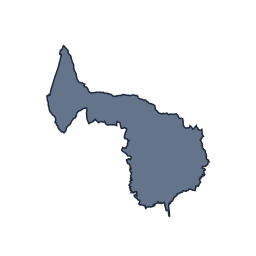 outline of Poieni, Cluj, Romania, rotated 74°
{"feature_id": "2599482B79403381618671", "entity_name": "Poieni", "entity_type": "district", "adm_level": 2, "iso_a3": "ROU", "parent_name": "Romania", "parent_adm1": "Cluj", "projection": "natural_earth1", "projection_center": [22.871, 46.852], "detail": "fine", "context": "isolated", "style": "filled", "palette": "slate", "viewbox_px": 256, "rotation_deg": 74, "n_neighbors": 0, "source": "geoboundaries", "source_scale": "gbopen_adm2", "svg_char_len": 5895}
<svg xmlns="http://www.w3.org/2000/svg" viewBox="0 0 256 256"><g transform="rotate(74 128 128)"><path d="M74.9,197.2L76.8,197.3L77.8,197.8L81.9,197.7L84.1,198.4L85.9,198.3L88.2,198.6L90.8,198.5L93.2,197.4L94.6,197.0L95.9,195.8L97.0,195.2L99.1,194.9L101.2,195.7L102.2,196.5L102.6,196.6L103.7,195.5L105.3,195.9L106.7,194.9L108.3,195.2L110.7,194.5L111.5,193.8L113.4,193.0L113.8,191.8L115.0,190.9L114.1,189.3L113.2,188.3L110.8,187.1L109.1,184.5L109.0,183.8L108.1,182.0L106.4,181.0L104.5,178.5L103.7,177.0L103.7,175.8L102.8,175.2L102.1,174.2L101.4,174.2L99.8,173.3L98.6,171.7L98.1,170.2L98.1,169.1L96.9,165.4L97.2,163.5L97.1,162.6L98.3,162.2L101.7,163.6L107.0,164.8L109.9,164.8L113.0,164.3L112.6,163.0L112.3,160.3L111.5,158.4L110.6,157.7L110.5,157.2L111.9,156.7L112.9,155.8L114.5,155.1L114.9,154.6L114.3,153.3L114.2,152.5L114.3,152.0L115.0,151.3L115.5,150.2L115.4,149.4L115.1,148.7L117.7,148.4L119.4,147.1L119.4,146.4L119.8,145.6L119.8,144.6L120.9,141.5L121.0,140.3L122.6,138.2L122.2,138.0L121.2,138.2L119.0,136.6L119.6,136.1L120.1,135.0L120.9,134.2L123.0,134.5L126.3,134.6L126.7,134.1L126.8,133.1L126.8,132.3L126.5,131.8L126.5,131.3L127.9,130.1L128.2,129.6L129.8,130.1L132.3,132.3L133.8,132.8L133.9,133.2L135.9,134.1L137.5,133.8L137.5,133.1L137.8,132.3L138.6,131.8L140.0,131.7L140.3,131.3L140.2,130.5L140.5,130.5L141.0,131.0L141.4,131.9L142.9,132.9L144.6,133.2L145.7,134.9L146.8,135.4L146.8,135.9L146.4,136.4L146.1,137.4L145.2,138.4L146.5,139.5L147.7,140.1L148.1,140.1L149.2,139.3L152.2,136.8L154.6,136.0L155.4,134.0L156.5,133.1L157.2,133.0L157.8,133.2L159.1,134.6L157.9,135.2L158.0,135.5L157.8,135.7L157.8,136.2L158.2,136.4L158.1,138.0L158.4,138.3L162.0,138.1L162.8,137.1L162.8,136.7L165.9,136.3L169.1,136.6L168.2,136.9L166.6,136.7L167.0,137.1L167.9,137.1L168.5,137.7L168.8,137.8L170.9,137.6L171.6,137.5L171.9,137.1L172.4,137.1L173.4,137.5L174.5,138.6L175.4,138.6L176.5,139.1L176.8,138.7L177.2,139.0L178.1,138.4L178.4,138.6L177.3,139.2L177.5,139.6L178.6,139.8L179.3,138.9L179.4,140.0L179.8,140.7L180.5,140.4L180.9,140.4L180.9,140.7L181.8,140.7L182.3,141.3L182.6,142.2L183.2,142.8L184.1,142.5L184.9,141.7L185.1,142.3L185.4,142.4L185.7,142.9L186.5,142.7L186.4,142.3L187.2,142.2L187.4,142.2L187.3,142.8L187.8,142.9L189.1,142.7L189.0,143.0L189.2,142.8L189.2,142.2L190.6,141.8L191.0,142.6L191.2,141.7L191.5,141.4L191.3,140.9L192.0,140.3L191.1,139.3L191.3,138.5L191.7,137.8L191.6,137.3L192.8,137.4L193.0,138.0L195.5,138.0L195.8,138.2L194.4,139.3L194.2,140.5L195.8,140.7L196.7,140.2L197.1,139.5L200.1,138.0L200.6,137.0L201.6,136.8L203.4,137.9L203.8,138.6L204.2,138.4L205.4,137.4L205.6,136.1L207.1,134.0L207.4,132.8L209.2,133.3L210.2,133.1L209.4,131.8L209.2,130.8L209.6,130.0L209.8,128.4L210.2,128.1L210.0,127.7L210.2,127.2L210.1,126.7L210.3,125.9L210.3,125.2L209.6,125.0L209.8,124.9L209.9,124.0L209.3,124.4L208.5,123.9L208.6,122.7L208.4,122.6L208.2,120.6L207.1,119.6L207.7,119.2L208.9,119.0L208.7,117.2L209.1,117.4L209.9,116.9L209.5,113.5L210.8,113.6L211.4,113.9L218.0,114.0L218.3,111.9L221.7,112.7L223.4,112.8L223.7,112.6L224.9,112.8L223.6,112.2L214.4,110.5L211.8,109.4L212.4,108.8L211.9,107.8L211.1,107.7L211.2,107.4L210.6,107.1L210.7,106.8L210.3,106.0L210.4,105.5L210.0,105.4L210.0,105.1L207.1,102.5L207.2,102.0L206.3,99.8L206.0,99.9L205.9,99.5L205.1,99.0L205.4,98.7L204.7,97.7L205.1,96.8L204.4,95.0L204.7,93.7L204.0,92.7L203.5,92.6L203.4,92.2L204.0,91.3L204.1,90.4L204.5,90.2L204.9,89.7L204.5,88.8L204.5,87.4L204.0,87.2L203.7,86.7L203.8,85.4L204.7,83.9L205.3,83.4L206.6,80.8L204.7,79.8L204.1,79.1L203.3,79.2L202.6,78.9L202.6,77.9L203.3,76.7L203.3,76.3L202.0,75.5L200.5,73.9L200.3,73.2L199.3,73.2L198.5,73.5L196.5,73.4L196.6,73.1L196.4,73.1L196.7,72.0L195.3,71.9L195.6,70.7L195.4,70.4L194.9,70.4L194.9,69.3L193.5,69.3L193.7,68.9L194.7,68.4L194.7,67.9L193.9,67.5L193.8,67.0L193.3,67.0L192.5,67.3L192.0,67.2L191.3,67.5L189.8,66.8L189.6,65.3L188.9,65.3L187.7,66.5L186.8,68.0L185.6,66.8L186.2,64.3L185.0,61.5L182.4,59.9L182.6,59.4L181.8,59.7L181.2,59.5L179.5,61.0L177.8,60.9L177.0,60.4L175.1,60.0L172.6,60.4L170.7,60.2L170.0,60.5L169.4,61.4L168.9,61.3L167.1,61.9L166.6,61.6L165.3,61.7L164.6,61.1L163.4,61.0L161.0,61.4L159.5,61.9L159.0,61.6L158.7,60.4L157.4,59.6L157.0,58.8L156.9,57.8L154.6,58.4L149.7,57.4L150.1,58.5L149.9,59.9L149.2,60.3L149.2,60.8L148.9,61.1L147.7,60.9L146.0,61.8L144.6,61.7L146.3,64.4L146.8,64.8L147.1,65.9L144.8,66.6L143.1,67.7L143.6,67.8L143.6,68.1L144.4,68.7L144.7,69.6L144.3,70.2L144.2,71.7L143.8,72.8L142.7,73.6L140.1,74.0L137.3,73.3L134.5,72.9L134.1,73.1L133.3,74.1L132.9,76.0L129.0,76.9L127.7,77.7L127.4,80.3L126.4,82.9L126.3,84.1L126.4,85.1L125.8,85.7L124.7,86.2L124.4,86.6L124.4,88.3L123.9,89.7L123.5,90.2L123.9,90.9L123.1,92.8L122.7,93.2L122.2,94.1L120.9,94.9L120.1,95.1L118.8,96.1L116.8,96.6L115.9,96.2L114.1,96.1L112.8,96.8L111.9,97.9L111.8,98.3L111.0,98.9L110.2,100.9L108.5,101.6L107.8,102.4L105.9,103.5L105.7,104.0L105.9,105.0L104.3,106.5L102.9,109.2L99.3,110.4L99.0,111.6L98.2,112.7L97.5,114.8L97.5,117.3L96.5,118.6L96.4,119.6L96.0,120.6L95.1,121.8L94.4,123.9L94.4,124.5L94.9,124.9L94.7,126.1L94.2,128.0L94.3,129.3L93.9,129.9L93.9,130.3L94.3,130.7L94.2,131.4L92.9,134.0L91.7,134.4L91.2,134.9L89.8,137.1L89.9,137.4L89.1,138.0L88.0,141.0L86.9,141.9L86.4,144.2L85.7,145.3L85.7,146.2L84.8,148.8L84.8,151.3L83.6,154.4L83.1,155.1L82.0,155.6L78.5,156.0L78.0,156.4L77.3,156.6L76.9,157.6L75.7,158.8L74.0,157.4L73.0,158.8L72.0,159.6L70.9,162.0L70.1,162.8L66.3,163.5L61.7,163.0L59.7,163.3L57.9,164.0L56.9,163.6L55.4,163.7L51.9,162.8L50.2,163.2L47.0,163.4L43.1,163.1L39.5,164.9L38.7,164.9L38.0,164.4L36.7,164.4L33.1,166.3L31.9,166.7L31.1,167.4L34.5,170.1L34.6,171.2L35.0,171.8L36.5,172.3L37.8,173.2L38.3,173.2L39.1,172.7L39.2,171.9L40.6,172.5L41.8,173.4L44.2,174.5L45.4,175.5L48.3,177.0L51.5,179.0L58.5,184.0L69.9,191.4L75.4,194.2L74.5,194.2L74.6,194.4L74.2,194.7L75.0,195.0L74.9,195.6L74.6,195.9L74.9,196.3L74.9,197.2Z" fill="#64748b" stroke="#1e293b" stroke-width="1.5"/></g></svg>